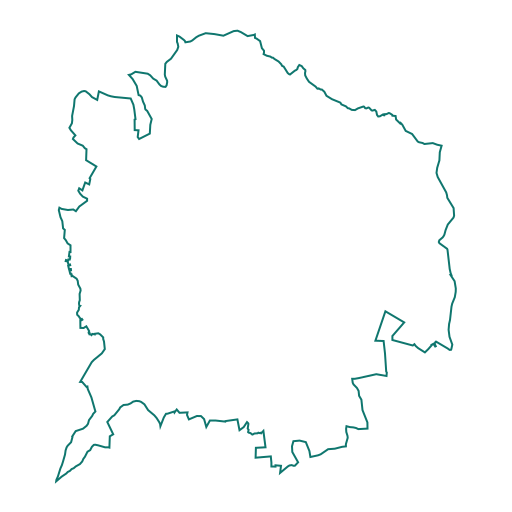 San Pedro, Sucre, Colombia (Robinson projection)
{"feature_id": "7082276B2903926755243", "entity_name": "San Pedro", "entity_type": "district", "adm_level": 2, "iso_a3": "COL", "parent_name": "Colombia", "parent_adm1": "Sucre", "projection": "robinson", "projection_center": [-75.049, 9.394], "detail": "fine", "context": "isolated", "style": "outline", "palette": "teal", "viewbox_px": 512, "rotation_deg": 0, "n_neighbors": 0, "source": "geoboundaries", "source_scale": "gbopen_adm2", "svg_char_len": 5863}
<svg xmlns="http://www.w3.org/2000/svg" viewBox="0 0 512 512"><path d="M254.8,34.5L254.0,34.9L247.6,36.1L240.9,32.1L237.5,30.7L233.7,31.1L223.4,35.7L214.5,34.1L205.7,33.2L198.9,35.7L196.3,37.2L192.2,40.5L190.3,41.5L185.4,42.3L184.8,40.8L183.7,39.8L179.5,36.6L177.0,35.5L177.0,41.9L177.7,43.6L178.3,46.8L177.2,50.0L171.0,58.7L166.8,61.9L165.3,63.8L164.8,74.5L165.2,76.6L167.1,80.7L167.2,82.1L166.6,85.3L165.5,86.9L163.1,86.7L161.1,86.0L159.4,84.4L156.6,80.6L153.2,78.6L150.2,75.3L147.7,73.7L135.4,71.8L131.3,74.3L128.9,74.9L132.6,79.0L136.7,85.9L138.6,95.1L140.3,95.6L141.8,97.4L143.0,101.6L144.8,105.5L145.2,108.9L145.6,109.6L147.2,110.9L151.7,119.0L150.3,124.8L149.8,133.6L139.1,139.0L137.7,137.0L138.5,130.3L134.7,130.1L134.6,119.6L135.5,119.2L134.3,109.6L133.4,104.7L130.7,98.5L114.7,97.0L111.0,96.3L107.9,95.4L98.9,91.4L97.2,99.9L92.0,97.1L89.4,94.2L85.7,91.3L84.1,91.0L81.6,91.6L78.8,93.4L75.5,97.5L74.6,99.3L74.0,106.1L72.1,116.0L72.3,120.0L71.9,123.3L69.4,127.8L70.9,130.3L75.4,135.4L73.5,137.5L72.9,139.0L77.6,143.5L82.8,145.7L84.8,148.2L86.5,149.2L86.1,160.2L96.4,166.5L89.6,178.2L90.3,179.0L89.2,184.4L85.2,182.5L82.4,190.4L79.2,188.3L78.3,190.7L80.1,193.7L82.8,196.6L87.1,198.7L87.1,200.8L79.3,206.5L75.9,211.2L73.3,209.5L67.9,210.0L61.6,208.9L59.4,207.7L58.8,210.1L60.5,217.2L62.3,221.2L63.1,228.4L64.8,229.9L64.1,238.1L65.8,240.2L67.6,243.4L70.5,245.3L70.5,252.0L69.5,251.9L68.9,256.4L70.2,256.5L70.1,258.5L69.7,259.6L68.4,259.4L68.0,260.7L66.0,260.0L65.7,261.1L67.7,261.5L68.5,265.0L70.0,264.5L70.2,265.2L68.2,265.8L68.9,268.8L70.9,269.0L71.0,270.3L69.4,270.5L70.2,273.7L70.9,273.6L71.2,274.6L71.6,274.5L71.8,275.5L71.5,275.6L71.6,276.2L72.6,276.0L76.6,278.7L77.7,280.8L78.2,284.6L80.4,288.7L80.6,290.6L79.6,293.9L79.8,300.2L79.1,302.2L79.0,303.8L79.4,305.9L80.1,306.0L79.0,307.4L78.8,309.8L77.1,312.5L77.1,314.1L77.3,314.9L78.8,316.3L79.7,317.8L81.6,319.4L82.0,319.1L82.4,319.7L81.8,320.1L81.0,319.2L80.3,319.8L80.4,327.9L83.6,328.0L86.3,326.3L89.1,331.0L88.6,332.6L88.8,333.2L89.5,333.0L89.6,334.3L90.5,334.3L91.5,335.1L92.3,333.9L94.7,334.4L94.7,333.8L98.3,333.3L100.2,334.4L103.2,337.4L103.2,339.0L104.0,341.5L104.8,349.1L101.8,353.4L93.9,359.9L91.7,362.2L80.2,381.9L82.2,382.0L86.6,387.0L87.4,386.6L87.8,389.1L91.4,397.4L95.4,411.5L93.2,413.8L92.2,415.9L89.0,420.1L88.0,423.8L86.6,425.8L83.0,428.7L75.7,431.1L72.2,436.5L72.5,436.9L71.1,442.2L67.6,445.8L66.6,447.4L65.6,450.4L65.0,454.6L63.0,461.6L61.9,465.1L60.4,468.5L57.9,476.5L56.4,479.8L56.2,481.3L61.7,476.6L66.3,473.5L67.7,472.0L69.9,470.9L71.6,469.1L73.7,468.2L75.8,466.4L79.9,464.1L82.2,461.5L83.4,458.8L84.9,456.8L87.5,451.7L90.2,450.1L91.9,446.8L93.8,444.9L95.1,444.7L98.0,445.3L105.0,447.3L108.3,447.3L109.4,447.6L109.8,436.3L113.2,434.3L107.3,422.0L112.2,416.5L114.3,415.3L119.2,409.3L120.2,407.4L123.5,405.0L127.8,404.6L130.6,403.4L133.2,401.6L136.3,400.9L139.3,401.2L141.1,401.9L144.4,404.3L148.1,410.1L154.3,415.3L156.6,418.0L159.2,422.1L160.1,424.0L160.4,426.2L163.8,417.5L166.0,413.8L167.5,413.7L174.2,411.5L174.5,412.5L176.7,409.5L179.5,412.8L187.5,412.4L187.0,414.9L188.9,419.4L196.9,416.0L201.0,416.1L204.1,419.1L206.3,427.0L209.9,420.5L215.3,420.5L225.3,421.6L225.4,421.1L237.4,419.4L239.5,430.2L243.7,427.1L247.0,422.1L248.2,423.3L248.4,423.9L247.7,428.6L248.6,429.8L248.1,432.1L248.6,432.6L250.5,433.1L252.2,434.5L252.7,434.5L254.4,433.5L257.6,433.3L258.3,432.7L259.4,433.1L260.6,432.8L261.1,433.3L263.4,430.9L265.5,447.3L255.9,447.8L255.6,457.7L270.8,456.4L271.4,462.5L271.4,466.5L275.5,466.6L275.5,465.3L281.0,465.8L280.1,472.9L287.9,466.4L289.4,465.5L291.6,465.1L293.7,465.8L294.9,465.7L298.1,462.3L292.3,452.0L292.0,446.3L293.4,441.2L299.6,440.6L305.8,442.1L309.4,451.0L310.4,457.0L318.1,455.3L320.7,454.3L328.1,449.2L334.8,448.7L342.2,446.8L345.9,446.4L345.9,444.1L347.7,437.8L347.5,435.9L346.3,432.0L346.1,428.8L346.5,426.2L349.9,427.1L353.4,427.4L356.0,428.0L358.3,429.1L367.5,428.6L367.4,422.4L362.5,410.1L361.4,399.7L359.1,395.8L358.6,390.9L356.9,387.9L353.5,384.4L352.7,382.7L352.2,378.8L354.8,378.8L358.7,378.1L376.3,374.2L386.5,376.0L386.8,372.6L386.2,371.5L385.0,353.5L383.6,341.0L375.4,340.7L385.4,311.3L404.2,322.4L392.4,336.0L392.4,340.0L412.8,345.5L414.4,344.2L415.7,346.0L418.1,348.1L424.9,352.4L428.2,349.2L431.8,345.1L431.6,344.8L433.4,343.8L435.2,346.5L435.8,346.2L434.5,343.5L435.5,342.0L435.8,342.2L436.2,341.7L447.7,348.5L449.6,349.9L451.0,349.8L451.3,349.2L452.3,344.6L449.5,336.8L448.6,329.8L449.1,323.9L450.0,320.0L451.5,306.6L452.2,303.6L454.8,297.2L455.7,291.9L455.8,288.5L454.6,281.2L450.6,275.1L451.4,275.1L450.6,273.0L449.7,269.0L447.5,249.8L447.1,248.8L439.4,243.2L438.8,242.0L439.3,240.3L442.7,237.4L443.8,235.8L444.4,234.6L445.6,230.1L447.8,224.5L453.5,217.6L454.1,215.7L453.6,208.1L447.3,197.8L447.0,195.2L446.2,192.4L437.7,177.0L436.5,172.9L437.2,167.8L439.4,160.4L439.8,152.2L441.6,145.7L437.1,144.7L432.8,143.1L424.4,144.0L422.6,143.0L418.9,142.2L417.7,141.5L412.1,134.0L405.7,130.9L402.3,124.7L400.6,122.9L400.2,123.5L396.1,119.5L395.6,116.0L392.4,115.7L392.2,114.8L389.6,113.2L388.8,113.0L386.5,114.1L384.9,114.1L384.4,115.3L383.6,115.2L383.1,114.4L379.9,116.3L378.2,116.5L377.0,114.9L376.3,111.5L374.8,109.9L372.4,110.6L371.6,110.4L369.2,107.8L368.3,107.5L366.4,108.4L365.2,108.2L364.1,106.7L363.4,106.5L357.9,108.4L355.0,110.1L351.8,109.9L349.2,108.4L347.8,108.2L346.0,106.4L341.4,104.4L340.4,102.7L339.8,102.4L332.0,99.2L326.5,95.8L324.3,91.7L321.8,89.5L320.6,89.5L318.7,88.4L318.1,88.8L317.4,88.7L315.6,86.6L309.0,81.8L306.8,78.5L305.2,75.4L305.0,73.0L305.4,71.3L305.3,70.0L303.3,68.3L301.7,66.1L299.3,65.0L297.8,67.2L297.4,68.9L296.4,69.9L294.8,70.7L290.0,74.5L289.0,74.1L287.7,73.0L283.7,66.6L282.0,65.8L281.3,64.3L278.6,61.5L274.5,59.0L273.0,57.7L271.8,57.6L270.4,56.6L266.7,55.7L263.6,54.1L264.0,52.5L264.0,50.7L261.9,48.2L260.1,41.1L256.6,38.6L255.0,37.9L254.8,34.5Z" fill="none" stroke="#0f766e" stroke-width="2"/></svg>